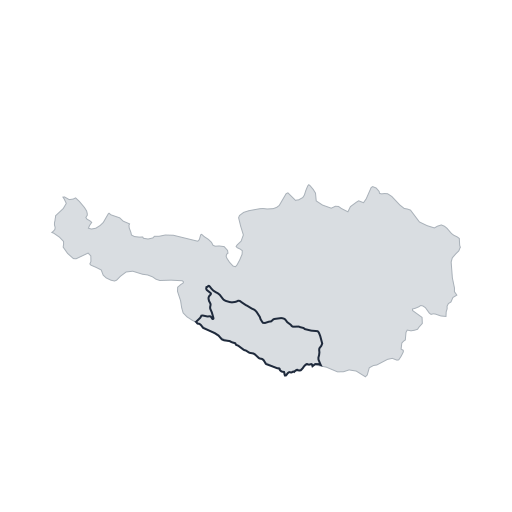 where Kärnten sits in Austria, rotated 19°
{"feature_id": "AUT-2325", "entity_name": "Kärnten", "entity_type": "State", "adm_level": 1, "iso_a3": "AUT", "parent_name": "Austria", "parent_adm1": "", "projection": "orthographic", "projection_center": [13.787, 46.758], "detail": "fine", "context": "in_parent", "style": "outline", "palette": "slate", "viewbox_px": 512, "rotation_deg": 19, "n_neighbors": 0, "source": "natural_earth", "source_scale": "10m", "svg_char_len": 6076}
<svg xmlns="http://www.w3.org/2000/svg" viewBox="0 0 512 512"><g transform="rotate(19 256 256)"><path d="M53.4,283.2L58.3,273.9L59.5,268.0L55.9,264.4L54.3,263.2L55.7,262.5L61.0,263.5L64.6,261.7L66.5,259.8L71.2,261.9L78.0,266.0L81.2,268.6L82.5,270.6L83.2,272.3L82.6,275.0L84.2,276.2L87.5,276.8L89.7,277.7L88.7,281.3L88.5,284.3L91.6,284.1L95.5,281.9L98.7,277.9L100.7,274.0L102.6,264.2L103.1,263.4L105.4,264.3L114.7,264.3L119.1,266.3L126.0,266.8L125.9,268.4L127.0,270.8L130.0,274.4L131.4,276.7L134.7,277.2L139.7,276.1L142.7,274.9L143.8,275.9L148.4,275.1L152.6,272.5L153.6,270.4L157.8,269.0L163.4,265.7L171.1,263.3L196.1,261.0L197.1,258.9L196.8,254.0L197.5,253.2L200.6,254.5L205.6,255.8L209.5,257.6L211.9,259.9L214.3,260.0L217.9,258.5L222.8,257.5L227.3,260.0L228.6,262.5L227.7,263.8L227.8,265.9L229.2,267.6L232.9,270.5L237.6,273.0L240.1,272.8L241.0,270.5L241.9,264.9L242.3,258.9L241.3,255.4L238.7,254.6L235.7,254.3L234.1,253.5L234.6,251.6L237.1,246.8L237.2,240.2L231.8,232.8L227.1,225.5L227.2,223.1L230.1,218.8L234.5,215.5L244.3,210.0L247.3,208.8L251.3,207.9L256.9,205.6L259.7,203.3L261.5,200.7L264.2,187.3L264.8,186.7L265.6,185.9L275.4,190.6L276.3,189.8L278.0,189.1L281.2,185.5L281.9,182.8L281.8,177.7L282.1,172.9L282.7,171.4L284.2,171.9L288.4,174.4L291.8,177.2L295.0,184.3L302.3,186.2L311.6,186.3L314.9,183.1L317.9,182.3L321.3,183.3L328.5,184.3L329.2,178.6L333.3,172.6L335.1,170.4L340.3,170.6L341.6,166.1L342.6,153.8L343.7,152.4L347.5,152.6L351.3,154.8L352.5,156.6L354.5,156.4L357.2,155.1L360.2,154.3L365.0,155.5L375.3,160.9L380.6,162.8L383.9,162.3L387.1,162.3L399.4,170.6L407.8,171.6L415.5,171.4L417.9,168.7L421.1,166.3L424.5,166.5L427.5,167.6L433.5,171.1L436.2,172.0L439.8,172.4L442.5,173.2L445.1,179.6L446.4,181.3L446.2,182.1L446.1,185.1L444.2,188.9L442.2,193.9L442.5,198.2L448.8,212.8L454.1,221.7L455.2,225.1L458.6,227.6L455.7,231.1L455.3,236.0L453.4,238.3L453.0,241.2L453.9,243.7L454.0,246.9L455.3,251.3L450.4,252.5L444.6,252.5L442.5,252.9L440.5,254.2L438.5,253.6L433.0,249.7L430.0,248.9L427.9,249.2L426.4,251.1L423.7,253.5L421.2,255.2L421.8,256.6L433.0,260.0L435.2,265.6L433.2,270.4L432.6,272.7L430.0,274.6L426.9,276.3L423.1,276.8L422.7,279.4L424.5,286.8L423.3,288.4L422.2,290.8L423.5,296.8L425.9,297.2L426.5,298.6L426.2,301.1L425.8,303.7L425.1,306.5L424.7,307.8L423.1,308.6L418.2,308.4L414.0,310.9L405.7,319.7L402.7,321.3L399.5,324.8L399.9,332.3L399.5,333.0L398.8,334.6L388.4,332.2L388.0,332.2L381.1,333.4L376.5,336.9L370.8,339.0L358.7,338.2L347.0,339.8L344.3,340.8L341.2,341.4L338.4,343.5L336.8,346.3L333.9,350.0L329.8,352.8L325.3,355.0L324.3,356.9L322.8,357.9L320.3,356.6L318.2,356.7L315.7,355.8L307.4,354.8L298.3,353.2L293.9,351.6L289.0,350.3L283.7,349.3L278.9,349.1L276.6,348.6L265.2,345.8L257.6,345.6L247.7,344.3L228.1,339.9L222.4,338.2L216.9,337.6L210.5,336.0L205.6,333.5L202.5,329.0L199.3,322.9L193.3,315.0L192.1,311.0L194.1,307.6L196.0,305.1L195.8,304.0L194.4,303.4L183.5,306.5L173.0,310.5L168.9,310.5L165.0,309.4L159.7,309.2L154.6,310.2L144.4,310.5L138.4,313.4L134.4,319.3L132.1,324.2L130.4,325.7L126.8,326.1L121.5,325.5L117.8,323.9L114.2,319.6L108.3,318.8L102.9,318.4L101.5,317.6L101.7,314.9L99.8,309.7L96.3,307.9L86.8,317.2L84.2,317.9L77.0,314.9L70.8,310.4L70.2,307.4L69.3,304.9L64.1,302.2L57.4,300.3L55.3,300.2L56.2,298.8L57.2,296.4L56.8,294.4L55.3,292.2L54.6,290.0L54.4,287.9L54.0,286.1L53.8,284.5L53.4,283.2Z" fill="#d9dde1" stroke="#a8b0b8" stroke-width="1"/><path d="M222.7,338.9L222.2,338.7L221.3,338.0L220.8,337.8L220.9,337.7L221.1,337.1L222.9,333.6L223.4,332.5L223.6,331.6L223.8,330.2L225.0,329.6L229.8,329.0L232.0,328.0L232.6,328.0L233.2,328.2L235.1,329.6L235.5,329.7L235.9,329.5L236.0,329.3L236.1,329.1L236.1,328.9L235.8,328.3L232.6,323.7L230.1,321.0L229.6,320.2L229.2,319.0L229.1,317.9L228.9,316.8L228.5,316.0L227.8,315.3L227.3,314.8L226.2,313.8L225.7,312.9L225.2,312.2L224.9,311.5L224.7,310.8L224.7,310.4L224.7,310.0L224.7,309.5L224.9,308.9L225.6,307.3L225.7,306.4L225.2,305.8L220.6,304.2L219.9,303.6L219.5,303.0L219.3,301.5L220.1,301.0L220.2,300.8L220.4,300.6L220.5,300.4L220.6,300.1L220.6,299.9L220.8,299.7L221.1,299.6L221.5,299.6L222.2,299.9L224.3,301.3L226.8,302.6L230.1,303.4L231.8,303.6L234.4,304.5L238.6,307.3L239.5,307.8L240.5,308.1L242.1,308.3L246.2,308.1L248.3,307.7L251.1,306.3L252.4,305.4L253.7,304.1L254.5,303.9L255.5,303.8L257.7,304.5L262.6,305.8L263.8,305.9L269.2,307.1L271.6,307.3L272.9,307.7L274.8,308.7L279.4,312.3L281.0,314.4L283.1,316.1L283.8,316.6L284.3,316.9L285.3,316.7L286.3,316.4L289.6,313.9L291.6,312.9L292.4,311.5L292.7,310.9L292.9,310.5L293.3,310.0L294.2,309.4L300.0,306.5L301.6,306.2L303.5,306.2L304.9,306.9L307.1,308.4L310.9,309.6L311.8,310.0L312.4,310.4L312.5,310.6L313.0,310.7L314.0,310.8L319.4,308.8L320.9,308.9L324.4,308.6L325.9,309.2L332.5,308.6L338.4,307.1L339.3,307.2L339.8,307.6L340.6,308.2L342.8,310.8L347.1,317.2L347.0,319.6L346.7,320.6L346.4,321.3L346.1,322.3L346.0,322.7L346.1,323.4L346.4,324.5L347.3,326.4L347.9,329.1L348.1,331.8L348.8,333.6L352.2,337.5L352.7,338.0L351.6,338.0L350.3,337.9L347.2,338.9L345.3,341.8L344.2,340.3L343.4,340.2L342.7,340.7L341.5,341.5L341.3,341.5L340.4,341.6L339.6,341.5L338.9,341.8L338.0,343.2L337.4,344.5L337.0,345.8L336.7,347.0L336.1,348.3L335.7,349.3L335.4,349.6L334.2,350.2L332.8,350.4L332.3,350.1L331.4,350.5L331.1,350.9L330.8,351.4L330.2,352.2L329.8,353.2L329.4,353.1L329.1,353.1L328.8,353.1L327.8,354.3L327.2,354.7L326.7,354.8L325.5,354.9L325.0,355.2L324.2,356.3L323.7,357.9L323.5,358.5L323.2,359.2L322.3,359.6L321.6,358.8L320.9,357.5L320.2,356.5L318.3,356.9L317.4,356.8L316.6,356.5L315.7,356.0L315.4,355.7L315.2,355.2L315.0,354.9L314.4,354.7L312.6,355.2L306.0,355.0L301.0,354.9L300.9,354.9L300.3,354.7L297.3,352.1L296.5,351.7L295.6,351.4L294.6,351.4L293.7,351.6L292.8,351.7L291.9,351.6L286.9,349.3L285.3,349.0L281.8,349.6L281.0,349.6L277.4,348.7L276.6,348.7L275.8,348.8L274.9,348.7L268.4,346.6L266.1,346.5L265.7,346.2L264.9,345.3L264.5,345.2L261.2,345.4L258.8,345.0L253.3,346.1L251.1,346.0L250.0,345.5L246.5,343.4L242.1,342.3L229.4,341.2L226.4,339.2L225.0,338.7L224.5,338.6L224.1,338.6L223.2,338.9L222.7,338.9Z" fill="none" stroke="#1e293b" stroke-width="2"/></g></svg>